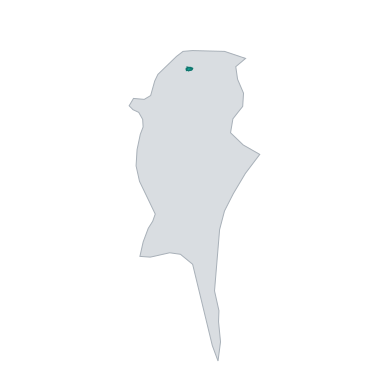 Axylou, Paphos, Cyprus (highlighted), rotated 114°
{"feature_id": "46923920B14417206276385", "entity_name": "Axylou", "entity_type": "district", "adm_level": 2, "iso_a3": "CYP", "parent_name": "Cyprus", "parent_adm1": "Paphos", "projection": "equal_earth", "projection_center": [32.554, 34.805], "detail": "fine", "context": "in_parent", "style": "filled", "palette": "teal", "viewbox_px": 384, "rotation_deg": 114, "n_neighbors": 0, "source": "geoboundaries", "source_scale": "gbopen_adm2", "svg_char_len": 1712}
<svg xmlns="http://www.w3.org/2000/svg" viewBox="0 0 384 384"><g transform="rotate(114 192 192)"><path d="M268.5,203.7L272.0,213.4L257.5,216.3L242.9,217.2L234.7,216.0L227.1,216.6L203.6,244.3L190.9,253.7L175.7,259.4L160.3,262.7L152.5,263.1L145.7,266.6L140.9,273.1L140.8,279.4L138.8,284.5L130.3,283.5L126.8,273.3L120.7,269.0L105.7,271.2L98.4,271.0L74.4,261.3L67.2,257.4L62.6,249.1L50.3,219.4L48.2,197.4L59.7,203.0L70.5,196.2L80.8,185.1L93.2,180.5L100.9,182.5L108.5,184.4L122.2,180.9L128.2,164.4L130.1,145.4L153.3,150.8L176.8,153.6L196.1,154.6L215.1,151.5L273.2,131.2L289.5,119.1L299.7,115.0L317.3,105.0L335.8,99.5L324.0,111.0L257.8,162.0L253.6,177.2L256.6,187.7L266.1,200.4L268.5,203.7Z" fill="#d9dde1" stroke="#a8b0b8" stroke-width="1"/><path d="M78.9,243.2L78.9,243.3L78.8,243.5L78.9,243.9L79.1,243.9L79.3,244.0L79.5,244.0L79.5,244.3L79.5,244.6L79.5,244.8L79.4,245.0L79.5,245.1L79.5,245.3L79.8,245.4L79.9,245.7L79.9,245.8L79.8,246.1L79.8,246.4L79.8,246.5L79.9,246.9L80.0,246.8L80.1,246.7L80.3,246.6L80.6,246.8L80.7,246.6L80.8,246.7L81.0,246.8L81.2,246.7L81.3,246.4L81.4,246.1L81.4,246.6L81.3,246.8L81.4,247.0L81.5,247.2L81.8,247.0L82.1,247.2L82.5,246.9L82.5,246.7L82.8,246.5L83.0,246.4L82.9,246.3L82.8,246.1L82.7,246.0L82.7,245.8L82.6,245.5L82.5,245.3L82.5,245.1L82.6,244.9L82.6,244.6L82.6,244.4L82.4,244.2L82.2,244.1L81.9,244.0L81.7,243.9L81.7,243.7L81.6,243.4L81.4,243.3L81.3,243.1L81.3,242.9L81.2,242.8L81.2,242.6L81.0,242.4L80.9,242.3L80.8,242.2L80.7,242.1L80.4,242.0L80.1,241.8L79.9,241.9L79.6,241.9L79.3,241.8L79.1,241.9L78.9,242.1L78.7,242.0L78.6,242.3L78.7,242.2L78.9,242.2L79.0,242.3L79.0,242.5L79.3,242.5L79.2,242.9L79.1,243.0L78.9,243.2Z" fill="#14b8a6" stroke="#0f766e" stroke-width="1.5"/></g></svg>